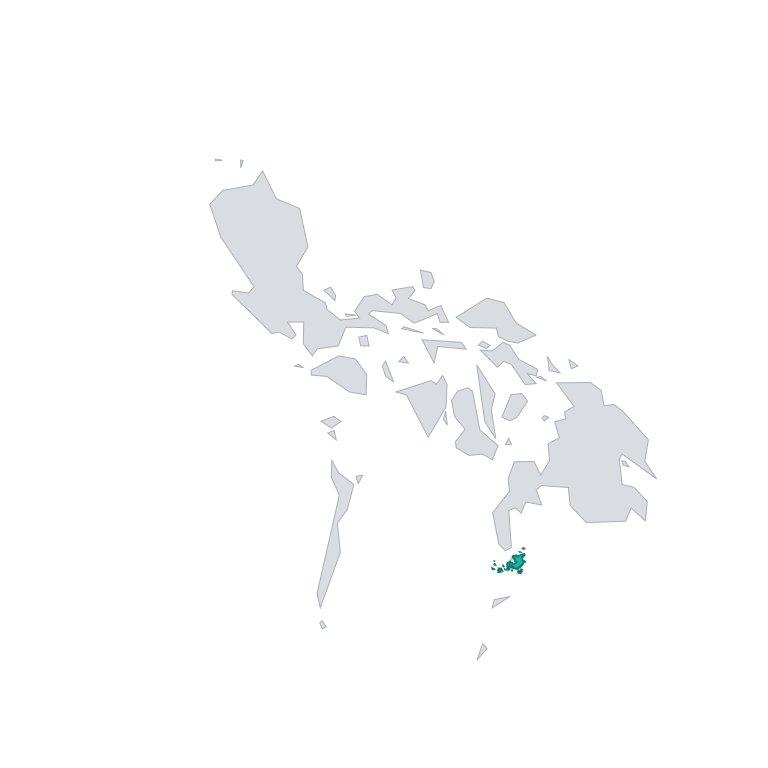 Basilan, Basilan, Philippines (highlighted), rotated 326°
{"feature_id": "2640588B29921835743372", "entity_name": "Basilan", "entity_type": "district", "adm_level": 2, "iso_a3": "PHL", "parent_name": "Philippines", "parent_adm1": "Basilan", "projection": "orthographic", "projection_center": [121.96, 6.593], "detail": "fine", "context": "in_parent", "style": "filled", "palette": "teal", "viewbox_px": 768, "rotation_deg": 326, "n_neighbors": 0, "source": "geoboundaries", "source_scale": "gbopen_adm2", "svg_char_len": 9151}
<svg xmlns="http://www.w3.org/2000/svg" viewBox="0 0 768 768"><g transform="rotate(326 384 384)"><path d="M358.9,133.4L386.8,145.8L402.5,139.5L398.3,170.2L412.2,191.2L397.7,227.7L377.2,237.5L377.6,247.8L369.4,261.3L380.9,284.2L378.4,290.3L383.6,306.5L400.7,315.8L400.2,307.3L416.6,300.6L428.4,305.7L434.9,322.8L442.3,319.4L443.2,310.6L462.2,319.3L461.9,323.8L452.1,326.9L462.5,341.6L461.3,347.8L475.0,350.7L472.0,369.1L464.9,364.3L467.6,355.4L443.0,350.5L437.3,334.9L415.4,316.7L410.5,317.5L418.3,336.8L415.7,344.7L407.1,331.9L384.1,315.5L367.4,326.8L348.1,317.5L340.3,320.7L339.6,305.6L352.1,287.8L338.5,278.5L338.6,294.1L332.9,295.2L325.8,281.9L319.4,279.6L308.1,224.8L310.4,222.0L322.7,232.9L330.7,230.6L330.8,171.1L340.1,137.5L358.9,133.4ZM527.7,479.5L555.9,498.2L560.4,510.9L554.2,525.1L563.0,529.4L566.8,540.5L572.0,578.1L556.9,593.9L557.0,615.3L542.3,575.0L537.1,577.8L525.2,600.5L533.4,609.3L536.6,628.6L524.1,643.6L519.5,625.1L507.6,632.8L474.2,612.1L470.4,588.8L479.0,572.9L457.8,556.3L451.0,556.8L447.1,572.6L435.5,561.0L425.6,567.8L423.6,560.2L416.7,558.6L398.2,590.7L391.2,590.0L389.7,580.9L402.1,551.4L428.2,543.1L433.7,532.1L448.6,521.4L464.9,532.0L463.0,547.2L478.5,540.0L486.5,525.3L499.3,526.7L504.5,510.6L515.1,514.6L517.8,508.3L529.0,508.7L527.7,479.5ZM444.1,498.9L431.4,507.4L426.4,497.1L414.5,490.7L408.2,477.3L411.0,471.8L425.9,466.9L424.3,450.5L430.7,435.4L441.3,431.1L451.2,433.9L453.4,439.5L437.8,475.6L444.1,498.9ZM517.4,370.4L529.0,383.6L527.6,407.1L537.3,428.4L517.8,424.8L510.1,417.1L505.4,408.6L508.4,400.5L487.0,385.3L481.0,369.0L517.4,370.4ZM389.4,397.3L425.0,407.5L427.2,413.5L437.4,409.8L436.0,419.6L422.5,437.8L390.8,452.8L396.6,405.6L389.4,397.3ZM253.7,499.2L206.0,533.9L211.3,520.3L284.8,451.2L288.2,431.7L297.9,418.4L296.7,432.5L302.8,450.4L283.4,467.6L267.5,473.3L253.7,499.2ZM331.2,331.9L362.0,335.3L374.2,347.1L374.9,366.5L363.1,383.0L351.0,371.4L340.7,345.6L328.8,336.0L331.2,331.9ZM492.3,417.2L506.0,415.9L509.8,422.2L509.5,439.0L519.6,457.8L514.7,462.5L508.6,455.5L510.3,468.7L500.7,463.4L500.7,439.2L495.8,432.1L487.4,433.7L482.8,409.6L492.3,417.2ZM446.0,492.0L446.5,471.6L471.6,420.0L470.5,454.4L458.7,465.2L446.0,492.0ZM493.5,478.5L475.3,486.0L468.0,485.0L463.3,477.4L483.4,463.8L492.8,469.0L493.5,478.5ZM440.3,368.6L471.4,392.7L471.7,401.1L449.5,383.0L437.3,394.4L440.3,368.6ZM482.9,327.3L476.1,331.2L470.8,326.1L477.8,309.8L485.3,317.9L482.9,327.3ZM405.3,604.5L391.0,611.8L386.0,602.0L394.9,599.0L405.3,604.5ZM311.0,379.6L324.2,382.8L327.5,391.0L315.8,391.1L311.0,379.6ZM389.3,331.1L397.0,334.1L392.8,344.2L386.0,339.4L389.3,331.1ZM354.8,624.4L369.5,630.6L348.5,630.1L354.8,624.4ZM536.1,473.2L528.4,465.2L535.0,452.5L534.3,460.1L536.1,473.2ZM398.2,365.9L393.1,387.4L389.6,378.6L392.7,368.1L398.2,365.9ZM320.5,654.5L321.5,661.0L306.9,664.8L320.5,654.5ZM393.9,273.8L393.4,283.4L390.0,287.4L386.5,272.5L393.9,273.8ZM419.8,441.1L413.5,453.6L413.5,446.4L419.8,441.1ZM316.7,394.7L313.1,403.6L310.0,393.2L316.7,394.7ZM493.5,411.3L488.7,411.6L483.9,404.5L489.7,403.6L493.5,411.3ZM415.9,372.2L415.9,380.3L408.9,373.7L415.9,372.2ZM554.9,477.5L547.8,476.1L550.9,467.3L554.9,477.5ZM432.7,347.8L445.3,364.0L429.4,348.0L432.7,347.8ZM315.3,447.7L306.9,452.2L309.2,444.9L315.3,447.7ZM457.1,498.7L455.6,505.6L450.8,502.1L457.1,498.7ZM458.5,367.5L461.2,377.1L455.1,364.9L458.5,367.5ZM200.3,552.9L196.0,552.4L197.1,546.3L200.3,545.6L200.3,552.9ZM502.0,503.8L496.5,504.3L496.0,500.6L499.3,499.9L502.0,503.8ZM540.9,589.7L536.9,585.3L538.1,580.9L540.8,583.0L540.9,589.7ZM324.0,320.0L326.3,325.4L319.9,319.1L324.0,320.0ZM518.2,465.4L520.5,472.6L514.4,463.8L518.2,465.4ZM392.1,120.3L386.0,124.6L390.4,118.2L392.1,120.3ZM399.3,311.2L390.9,307.0L391.0,304.1L399.3,311.2ZM369.9,103.2L375.1,108.1L369.2,104.8L369.9,103.2Z" fill="#d9dde1" stroke="#a8b0b8" stroke-width="1"/><path d="M389.4,601.6L388.9,601.7L388.7,602.1L388.4,602.0L388.1,602.3L388.1,602.2L387.6,602.2L387.5,601.7L387.2,601.6L387.0,601.4L386.6,601.3L386.0,601.4L386.0,601.7L385.3,602.0L384.8,602.8L384.6,603.5L384.8,603.6L384.9,604.2L384.6,604.2L384.6,604.5L385.9,605.2L386.2,605.1L386.7,605.1L386.8,604.9L386.9,605.4L387.1,605.3L387.5,605.5L387.4,605.6L387.6,606.0L388.0,606.3L387.6,606.5L387.6,606.4L387.3,606.8L387.7,607.0L387.5,607.3L387.8,607.4L387.5,607.5L387.4,607.4L387.3,607.6L387.4,608.1L387.6,608.2L387.5,608.3L387.7,608.5L388.1,608.6L388.1,608.8L388.5,608.7L388.4,609.2L388.6,609.3L388.8,609.2L388.8,609.5L389.1,609.7L388.9,609.6L389.0,609.9L389.3,610.4L389.4,610.2L389.5,610.6L389.8,610.6L390.3,610.9L390.5,610.8L390.5,611.2L391.0,611.2L390.7,611.4L390.9,611.5L390.7,611.8L391.0,612.2L391.5,612.1L391.5,611.8L392.0,612.1L392.8,611.9L393.2,612.0L393.4,611.8L393.4,612.0L393.9,612.0L393.9,611.9L394.0,611.8L394.0,612.0L394.8,611.7L395.1,611.7L395.6,611.3L395.8,611.4L396.2,611.1L397.6,610.9L397.9,610.6L398.5,610.6L399.5,610.3L399.6,610.1L399.6,610.3L400.2,610.0L400.3,609.6L400.1,609.4L400.5,608.8L400.1,607.7L400.6,607.2L400.9,606.1L400.8,605.9L400.9,605.3L401.5,604.8L401.5,605.0L401.5,604.8L402.0,604.7L402.4,604.7L402.7,605.0L403.1,604.8L404.6,604.9L405.0,604.6L405.5,603.6L405.3,603.2L404.7,602.8L403.6,602.7L403.1,602.9L401.9,602.0L401.3,602.2L401.1,602.0L400.5,602.0L400.0,601.8L399.4,602.1L398.9,601.6L398.9,601.9L398.2,601.8L398.4,601.6L398.1,601.5L398.0,601.0L398.2,600.5L398.0,599.9L397.2,599.7L396.3,600.1L395.6,598.7L394.8,598.6L394.3,598.8L394.3,599.0L394.2,599.0L394.2,598.9L394.2,599.0L394.2,598.9L393.9,599.0L393.8,599.3L394.0,599.3L393.9,599.8L394.1,600.1L393.9,600.2L394.0,600.6L393.8,600.6L393.8,601.0L394.1,600.9L394.6,601.6L394.5,602.3L394.1,602.4L394.0,603.6L393.7,603.9L394.0,603.9L394.3,606.0L391.2,606.0L390.9,606.1L390.1,605.9L390.4,604.6L390.4,604.0L390.1,603.7L389.8,603.8L389.7,603.1L389.3,603.0L389.4,601.6ZM377.1,601.5L376.5,601.3L376.3,602.0L377.0,602.9L376.9,603.6L377.7,604.6L377.6,604.8L377.7,606.2L377.9,604.8L377.7,603.7L378.2,602.5L377.6,602.2L377.1,601.5ZM391.2,615.9L391.0,616.2L391.0,616.9L391.5,616.6L391.8,616.7L391.9,617.2L391.4,617.0L391.5,617.2L391.9,617.2L393.2,616.8L393.0,616.6L392.9,616.8L392.4,617.0L392.1,617.0L392.4,616.5L392.3,616.3L392.0,616.0L391.2,615.9ZM391.7,614.0L390.7,614.4L391.0,615.0L391.2,614.9L391.2,615.1L391.3,615.1L391.9,614.9L392.0,614.5L391.7,614.0ZM381.3,600.8L381.0,601.2L381.1,602.9L381.5,601.2L381.3,600.8ZM371.4,598.0L371.1,598.8L371.8,599.3L371.9,598.7L371.4,598.0ZM376.4,602.6L375.7,603.0L375.8,603.3L376.3,603.6L376.6,603.3L376.4,602.6ZM393.8,614.4L393.3,614.8L393.3,615.4L393.5,615.4L393.6,615.1L394.2,615.3L393.9,614.7L394.0,614.6L393.8,614.4ZM385.8,609.8L385.4,610.0L385.6,610.5L385.8,610.6L386.1,610.1L386.1,609.8L385.8,609.8ZM400.7,609.3L400.6,609.7L400.8,609.9L400.5,609.9L400.4,610.0L401.0,610.1L401.4,610.4L401.5,610.2L401.0,609.9L400.7,609.3ZM389.7,615.3L389.5,615.7L389.6,616.2L389.8,616.2L389.7,615.3ZM374.4,595.3L374.2,595.5L374.9,596.2L374.8,595.7L374.4,595.3ZM407.4,597.6L406.8,597.9L406.9,598.1L407.1,598.2L407.5,597.9L407.6,597.7L407.4,597.6ZM401.2,608.5L400.5,607.9L400.7,608.3L400.6,608.6L401.2,608.8L401.2,608.5ZM408.2,598.6L408.0,599.1L408.5,599.2L408.6,598.9L408.2,598.6ZM384.5,605.9L384.4,606.0L384.4,606.5L385.0,606.6L384.5,605.9ZM375.1,594.8L374.9,595.1L375.2,595.5L375.4,595.0L375.1,594.8ZM370.5,597.4L370.2,598.0L370.4,598.4L370.6,598.2L370.5,597.4ZM380.6,605.2L380.4,605.7L380.7,606.0L380.6,605.2ZM394.6,614.8L394.6,615.0L394.4,615.0L394.5,615.3L394.3,615.4L394.1,615.8L394.6,615.4L394.7,615.0L394.7,614.9L394.6,614.8ZM374.3,602.2L374.2,602.6L374.4,602.7L374.5,602.5L374.3,602.2ZM376.5,592.4L376.4,592.6L376.7,593.2L376.7,592.7L376.5,592.4ZM392.7,615.8L392.9,616.3L393.3,616.6L392.9,615.9L392.7,615.8ZM397.5,611.2L397.3,611.2L397.1,611.4L397.6,611.3L397.5,611.2ZM402.6,599.1L402.7,599.4L403.0,599.6L402.8,599.2L402.6,599.1ZM397.7,611.3L398.0,611.0L397.6,611.1L397.7,611.3ZM375.7,602.0L375.5,602.7L375.8,602.4L375.7,602.0ZM373.7,603.6L373.4,603.7L373.7,604.0L373.7,603.6ZM383.8,604.7L383.8,605.0L384.0,605.0L384.0,604.9L383.8,604.7ZM384.0,607.5L383.7,607.7L384.1,607.7L384.0,607.5ZM383.1,606.9L383.0,607.2L383.4,607.1L383.1,606.9ZM375.4,604.5L375.4,604.8L375.5,604.9L375.6,604.7L375.4,604.5ZM374.9,603.6L374.8,603.8L374.8,604.0L375.2,603.8L374.9,603.6ZM401.4,609.9L401.5,609.9L401.6,610.0L401.6,610.4L401.5,610.6L401.2,610.5L401.5,610.6L401.7,610.3L401.6,610.0L401.6,609.9L401.4,609.9ZM382.8,606.0L382.8,605.7L382.6,605.7L382.5,605.8L382.8,606.0ZM384.3,607.2L384.3,607.5L384.5,607.6L384.5,607.4L384.3,607.2ZM375.4,603.4L375.3,603.1L375.3,603.4L375.4,603.4ZM400.5,607.7L400.6,607.4L400.5,607.7ZM394.2,612.5L394.1,612.8L394.2,612.7L394.2,612.5ZM375.6,605.1L375.4,605.1L375.6,605.2L375.6,605.1ZM378.6,602.9L378.4,602.9L378.4,603.0L378.6,602.9ZM375.9,602.8L375.7,602.7L375.7,602.8L375.9,602.8ZM375.0,604.5L374.9,604.6L375.0,604.5L375.0,604.5ZM386.3,607.2L386.2,607.3L386.3,607.5L386.3,607.2ZM392.4,616.0L392.3,615.9L392.2,616.0L392.4,616.0ZM392.6,616.9L392.4,616.9L392.3,617.0L392.6,616.9ZM400.6,608.8L400.8,608.8L400.7,608.8L400.6,608.8ZM377.5,604.8L377.5,604.6L377.5,604.8ZM400.6,609.0L400.6,608.9L400.6,609.0ZM387.0,610.4L386.9,610.4L387.0,610.4ZM399.6,610.4L399.4,610.4L399.6,610.4Z" fill="#14b8a6" stroke="#0f766e" stroke-width="1.5"/></g></svg>